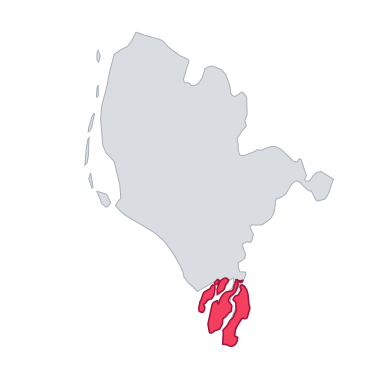 location of Zeeland within Netherlands, rotated 287°
{"feature_id": "NLD-903", "entity_name": "Zeeland", "entity_type": "Province", "adm_level": 1, "iso_a3": "NLD", "parent_name": "Netherlands", "parent_adm1": "", "projection": "natural_earth1", "projection_center": [3.94, 51.477], "detail": "fine", "context": "in_parent", "style": "filled", "palette": "rose", "viewbox_px": 384, "rotation_deg": 287, "n_neighbors": 0, "source": "natural_earth", "source_scale": "10m", "svg_char_len": 5371}
<svg xmlns="http://www.w3.org/2000/svg" viewBox="0 0 384 384"><g transform="rotate(287 192 192)"><path d="M245.6,323.4L238.3,323.2L231.5,323.0L227.8,322.5L224.0,321.1L222.2,318.2L220.0,314.8L220.6,312.7L227.0,306.6L227.9,305.0L227.2,304.1L227.9,301.4L232.7,292.5L233.3,288.9L231.1,286.3L227.9,284.8L217.6,282.2L212.6,278.4L210.3,275.1L208.0,274.2L204.7,275.3L196.2,276.5L189.2,274.8L181.0,268.6L179.1,263.0L178.0,258.8L176.0,257.3L173.2,259.5L169.8,263.0L162.9,263.4L160.9,262.6L160.6,260.7L160.2,258.8L158.3,256.6L156.2,255.3L147.6,261.7L144.3,261.7L140.2,259.2L138.2,256.8L133.7,258.2L129.7,261.1L131.1,266.7L128.9,267.7L123.9,267.2L118.3,264.9L112.1,263.5L102.6,259.7L89.4,262.8L80.2,259.1L72.5,258.7L67.8,255.8L62.7,250.8L66.3,247.5L69.8,246.3L83.8,245.7L94.0,247.7L112.2,258.5L116.9,258.5L121.8,257.1L119.3,254.1L114.7,252.7L107.9,249.8L102.5,245.7L115.2,244.4L113.4,242.3L111.7,238.6L98.3,226.0L100.6,222.6L104.0,215.3L108.2,209.2L111.5,207.6L117.0,203.3L128.9,190.7L136.5,180.4L142.1,168.3L150.3,134.8L152.7,129.1L156.6,122.8L161.6,124.0L165.1,125.8L177.4,121.0L198.4,108.7L204.5,98.0L210.6,93.0L234.7,83.4L248.0,80.5L268.6,79.7L283.5,78.0L301.3,77.4L308.2,83.3L312.2,87.7L318.6,90.1L328.5,91.8L328.1,100.4L328.4,117.5L327.7,120.5L323.4,127.7L318.9,140.7L317.8,149.2L316.4,150.8L297.6,150.8L294.9,152.3L294.5,154.1L295.5,156.3L295.1,158.5L293.6,160.3L294.5,163.1L297.8,166.3L303.8,168.3L310.2,168.5L313.4,168.1L315.9,170.4L318.3,173.9L318.2,178.4L317.4,184.4L314.4,189.9L305.8,196.3L301.9,198.5L298.3,199.7L296.6,201.4L295.8,203.5L296.0,205.4L302.2,210.5L302.1,211.7L300.4,214.3L298.0,216.8L282.0,222.1L275.4,221.7L271.7,224.2L270.5,224.7L266.3,222.4L256.9,219.6L253.4,220.6L251.5,222.1L245.6,223.9L241.4,226.8L241.5,230.4L249.0,240.0L251.6,241.9L251.8,245.4L255.5,249.9L259.2,255.5L259.7,259.1L259.3,262.7L257.4,267.8L251.1,279.8L251.0,282.1L251.6,283.9L253.8,284.3L255.5,285.3L255.0,286.9L243.0,295.2L241.4,296.6L236.3,296.2L235.6,297.6L236.3,299.9L238.3,301.9L242.6,302.9L246.4,305.0L249.4,309.1L245.6,323.4ZM118.3,264.9L117.3,268.4L114.5,272.2L105.0,277.7L95.1,281.3L90.0,280.9L86.5,279.0L84.6,277.0L79.3,275.1L72.0,274.1L67.5,276.2L64.2,278.1L61.4,277.8L59.3,276.2L57.7,273.7L55.5,265.7L61.0,264.3L72.7,263.7L81.8,266.5L93.8,267.8L102.9,264.0L110.1,267.3L118.3,264.9ZM98.5,232.5L105.5,237.5L106.9,239.1L107.5,240.9L98.6,242.8L89.2,236.7L82.9,238.2L80.6,235.2L80.5,233.4L87.0,231.9L98.5,232.5ZM164.9,111.0L157.9,117.5L153.6,115.7L152.4,114.2L154.5,109.2L164.9,100.8L164.9,111.0ZM195.9,82.4L189.3,83.1L186.3,81.8L202.2,78.2L212.3,77.1L214.0,77.6L195.9,82.4ZM238.6,75.8L224.6,77.2L219.9,76.1L219.1,75.1L222.9,74.4L234.8,74.3L238.5,75.2L238.6,75.8ZM180.6,89.5L167.5,96.1L166.4,95.1L174.8,89.3L180.6,89.5ZM295.4,64.5L288.8,64.8L290.7,62.4L296.7,60.6L300.0,60.6L295.4,64.5ZM267.1,71.0L257.2,74.1L254.8,73.5L255.4,72.6L264.1,70.7L267.1,71.0Z" fill="#d9dde1" stroke="#a8b0b8" stroke-width="1"/><path d="M62.9,278.8L60.6,278.5L59.0,277.9L58.5,277.7L56.7,276.2L55.7,273.9L55.8,271.7L56.1,269.5L55.5,265.9L67.1,262.9L68.1,262.2L69.2,262.1L73.8,264.5L80.8,266.1L83.1,267.7L84.6,268.2L87.5,268.2L90.2,268.9L91.9,268.7L99.0,266.3L99.9,265.3L100.3,263.5L101.0,262.7L102.5,262.8L104.2,263.3L105.2,263.8L105.7,264.4L106.5,265.8L107.1,266.4L107.9,266.6L109.7,266.8L110.4,267.2L110.9,267.4L113.3,267.6L114.6,266.1L115.0,265.7L116.4,265.9L118.0,266.6L118.0,267.0L117.4,269.1L117.0,270.0L114.2,273.1L110.7,275.4L101.8,279.0L98.5,281.0L96.9,281.4L88.4,281.5L87.5,281.2L86.4,280.2L86.3,279.2L86.4,278.2L86.1,277.0L84.7,276.3L75.9,274.0L74.1,273.7L72.3,273.8L69.5,274.3L68.3,274.4L67.3,274.6L66.5,275.2L66.4,276.3L66.5,277.5L66.3,278.3L62.9,278.8ZM122.3,266.5L120.8,266.5L120.5,266.2L120.0,265.1L119.8,264.0L119.8,263.0L119.7,262.3L118.9,261.9L118.1,262.8L116.5,263.2L110.1,263.0L108.6,262.6L107.1,261.9L103.2,259.2L102.0,258.8L99.0,258.5L98.0,259.0L95.9,262.3L95.1,263.2L94.0,263.7L91.4,263.9L90.5,264.4L89.7,264.5L89.0,264.2L87.0,262.5L82.7,260.8L79.9,258.7L78.8,258.6L75.8,259.5L74.2,259.5L70.1,258.8L68.8,258.2L67.7,256.9L66.8,255.5L65.9,254.4L63.6,252.7L62.8,251.8L62.5,250.3L63.3,249.4L70.6,245.8L89.9,244.2L91.5,244.3L92.5,244.8L93.7,245.7L94.7,246.8L95.4,248.1L94.6,248.4L93.4,249.0L92.9,249.4L92.9,250.0L99.8,250.5L103.3,251.7L106.2,253.7L107.2,255.2L108.6,258.3L109.6,259.5L111.3,259.9L115.1,259.5L116.5,260.0L117.9,259.7L120.2,259.8L121.0,259.6L121.4,261.0L121.1,261.3L121.0,261.7L120.9,261.9L121.0,263.0L121.2,264.8L121.9,265.2L122.2,265.8L122.3,266.5L122.3,266.5ZM104.7,237.5L107.7,238.1L109.1,238.9L109.2,240.4L108.5,241.3L107.3,241.9L106.0,242.3L100.5,243.2L99.3,243.1L96.6,242.3L95.1,241.5L94.4,240.2L93.9,239.1L92.8,238.3L90.0,237.5L89.5,237.1L89.1,236.6L88.5,236.2L87.5,236.1L85.7,237.8L85.3,238.1L82.1,238.3L80.6,237.9L79.7,236.8L79.9,233.9L82.5,232.5L88.5,231.8L88.8,231.7L90.0,231.8L90.9,232.2L97.8,232.4L99.4,232.7L100.5,233.4L103.2,236.0L103.6,236.5L104.0,237.0L104.7,237.5ZM118.6,252.7L116.1,252.3L113.1,251.3L112.0,251.2L109.7,251.4L108.7,251.3L106.9,250.5L101.3,246.2L105.1,244.8L107.0,244.3L113.4,244.6L115.2,245.1L116.9,246.2L117.0,246.3L118.9,248.0L119.1,248.3L119.6,249.4L119.6,250.5L119.5,250.9L118.6,252.7ZM115.4,243.8L112.6,243.7L111.8,243.4L111.1,243.1L110.6,242.5L110.2,241.7L110.0,241.0L110.3,240.8L111.5,240.0L113.1,240.5L114.6,241.4L116.2,241.9L116.3,241.8L116.2,241.9L115.4,243.8Z" fill="#f43f5e" stroke="#9f1239" stroke-width="1.5"/></g></svg>